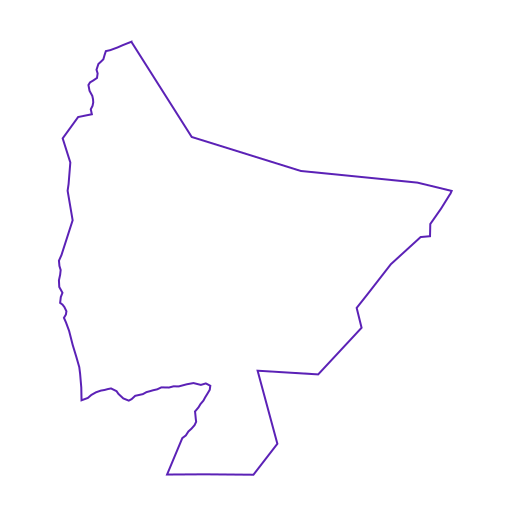 Santa María Tataltepec, Oaxaca, Mexico, rotated 178°
{"feature_id": "50627088B49093080347396", "entity_name": "Santa María Tataltepec", "entity_type": "district", "adm_level": 2, "iso_a3": "MEX", "parent_name": "Mexico", "parent_adm1": "Oaxaca", "projection": "orthographic", "projection_center": [-97.385, 17.136], "detail": "fine", "context": "isolated", "style": "outline", "palette": "violet", "viewbox_px": 512, "rotation_deg": 178, "n_neighbors": 0, "source": "geoboundaries", "source_scale": "gbopen_adm2", "svg_char_len": 1561}
<svg xmlns="http://www.w3.org/2000/svg" viewBox="0 0 512 512"><g transform="rotate(178 256 256)"><path d="M81.4,269.7L80.7,281.9L69.4,296.9L60.2,310.6L59.5,311.5L58.2,314.2L92.1,323.7L208.2,339.4L316.1,377.2L373.0,474.3L373.0,474.5L381.7,471.4L387.2,469.2L391.2,467.9L394.5,466.8L398.9,466.0L400.3,462.2L401.7,457.9L404.1,455.7L406.8,453.4L408.9,447.7L407.9,444.0L408.7,439.5L412.5,437.1L415.8,435.3L417.5,432.7L416.6,426.9L414.0,421.7L413.4,418.3L413.3,415.2L414.1,411.8L416.0,408.4L415.1,403.4L428.9,401.1L445.1,380.3L438.3,355.9L440.8,334.4L442.0,327.8L438.0,298.1L450.4,263.7L453.1,258.2L452.8,252.9L451.7,248.8L452.4,244.1L453.8,238.6L453.7,231.9L450.7,226.0L452.5,221.8L453.4,216.0L451.1,214.2L449.3,211.7L447.4,207.4L448.0,204.2L450.1,200.9L448.2,196.2L445.4,187.7L442.3,173.5L439.1,161.5L436.5,151.1L435.9,144.5L435.2,130.6L435.4,117.9L429.0,120.0L425.4,122.9L420.6,125.4L415.7,126.9L412.0,127.4L408.6,128.2L405.5,128.7L400.1,125.8L398.3,123.0L393.6,118.3L388.2,115.9L385.3,117.3L381.6,120.5L373.9,121.9L370.2,123.8L367.1,124.5L363.6,125.4L359.4,126.2L355.2,128.0L347.5,127.6L343.1,128.6L337.6,128.4L329.7,130.2L322.9,131.2L315.6,129.1L310.6,130.4L308.8,129.4L306.2,127.9L306.9,123.9L309.2,120.3L311.8,116.4L313.6,113.3L316.7,109.9L318.7,106.8L322.4,102.7L322.3,102.0L322.1,99.1L321.9,95.7L321.6,92.4L323.3,89.1L326.5,85.7L329.7,83.0L332.4,79.1L336.0,76.6L352.5,40.7L314.8,39.6L266.2,37.5L241.2,67.6L258.4,141.3L198.0,135.5L153.0,180.6L157.2,200.6L145.9,213.9L121.5,243.1L90.8,269.2L81.4,269.7Z" fill="none" stroke="#5b21b6" stroke-width="2"/></g></svg>